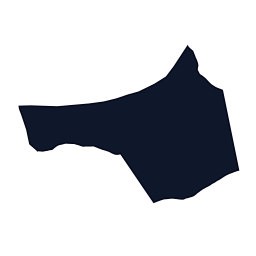 outline of Corinth/La Bel Lair, Gros Islet, Saint Lucia, rotated 355°
{"feature_id": "8701671B91089309525348", "entity_name": "Corinth/La Bel Lair", "entity_type": "district", "adm_level": 2, "iso_a3": "LCA", "parent_name": "Saint Lucia", "parent_adm1": "Gros Islet", "projection": "orthographic", "projection_center": [-60.945, 14.045], "detail": "fine", "context": "isolated", "style": "filled", "palette": "ink", "viewbox_px": 256, "rotation_deg": 355, "n_neighbors": 0, "source": "geoboundaries", "source_scale": "gbopen_adm2", "svg_char_len": 1992}
<svg xmlns="http://www.w3.org/2000/svg" viewBox="0 0 256 256"><g transform="rotate(355 128 128)"><path d="M21.6,97.0L21.8,99.6L23.6,106.0L27.1,120.6L28.9,135.3L35.1,141.7L35.9,142.8L36.5,142.6L41.1,143.4L43.6,143.1L44.2,143.1L45.9,143.0L47.3,142.7L48.0,142.6L50.5,142.5L52.0,141.4L53.8,140.2L55.9,139.0L57.3,138.5L57.9,138.4L59.1,138.2L60.7,138.0L61.5,137.9L62.4,137.7L64.4,137.4L66.6,137.7L67.4,137.8L71.0,138.3L73.4,138.6L75.5,139.5L77.8,140.3L79.4,141.1L80.1,141.4L81.8,142.0L83.2,142.0L83.8,142.0L87.5,142.3L90.3,142.5L92.3,142.6L98.1,145.5L99.8,146.3L101.1,146.9L102.2,147.3L104.2,148.1L105.3,148.6L107.6,149.6L109.4,150.9L110.9,151.7L111.5,152.0L113.1,152.8L114.5,153.0L115.5,153.1L116.2,153.0L117.0,153.0L117.4,152.9L118.4,152.7L147.2,204.2L150.7,203.2L153.6,202.4L157.0,201.6L157.7,201.5L158.3,201.5L160.3,201.5L162.0,201.5L163.9,201.4L164.9,201.4L166.3,201.6L167.1,201.6L168.6,202.0L170.7,202.4L173.4,203.0L175.1,203.3L176.6,203.4L177.3,203.4L177.9,203.1L178.8,202.7L182.0,202.2L183.3,201.9L184.5,201.7L185.6,201.5L187.4,200.9L188.4,200.3L189.7,199.5L191.0,198.4L192.4,197.7L192.9,197.4L194.5,196.3L195.5,195.8L197.2,194.8L198.3,194.4L200.4,193.4L201.9,192.8L202.4,192.6L203.1,192.3L204.9,191.5L205.4,191.2L206.1,190.7L208.1,189.8L209.0,189.5L209.5,189.2L212.5,187.6L213.9,187.1L215.6,186.2L216.0,186.0L217.5,185.2L220.1,183.8L220.9,183.4L221.7,183.1L222.9,182.6L223.6,182.4L225.1,181.8L228.3,181.0L229.4,180.6L231.8,180.0L233.8,179.6L234.4,179.5L225.2,98.8L224.6,98.4L222.2,97.3L220.2,96.3L218.9,95.6L217.2,94.4L214.8,92.5L213.5,91.2L212.3,89.7L211.3,88.5L209.5,86.1L208.0,84.6L206.5,83.2L205.2,82.1L203.8,81.1L203.3,79.9L202.6,78.2L201.8,76.4L202.0,74.9L202.8,71.9L202.8,70.4L202.3,68.0L201.8,66.1L200.8,63.5L200.4,61.7L199.8,59.9L199.3,58.1L199.0,57.2L196.4,54.5L195.0,52.9L194.5,51.8L179.3,71.1L170.7,80.6L158.4,86.9L141.8,93.3L131.4,95.2L118.5,98.3L106.2,100.2L91.4,100.9L75.4,100.9L59.4,100.9L33.0,97.7L21.6,97.0Z" fill="#0f172a" stroke="#020617" stroke-width="1.5"/></g></svg>